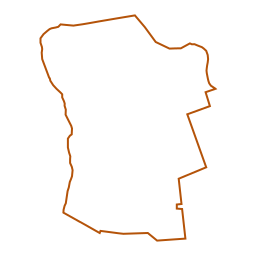 Jebel Awlia, Khartoum, Sudan
{"feature_id": "16777658B74371618965754", "entity_name": "Jebel Awlia", "entity_type": "district", "adm_level": 2, "iso_a3": "SDN", "parent_name": "Sudan", "parent_adm1": "Khartoum", "projection": "orthographic", "projection_center": [32.571, 15.354], "detail": "fine", "context": "isolated", "style": "outline", "palette": "amber", "viewbox_px": 256, "rotation_deg": 0, "n_neighbors": 0, "source": "geoboundaries", "source_scale": "gbopen_adm2", "svg_char_len": 1293}
<svg xmlns="http://www.w3.org/2000/svg" viewBox="0 0 256 256"><path d="M99.7,233.0L100.5,230.9L118.8,233.3L123.4,233.8L147.8,233.0L157.1,240.6L185.4,238.6L182.1,209.0L176.8,208.6L176.8,204.5L181.5,204.0L178.7,178.7L202.1,169.0L206.2,167.3L187.3,114.3L209.9,106.1L205.6,92.2L215.5,88.8L215.4,88.7L215.0,88.4L214.4,88.1L214.2,87.9L210.9,85.7L209.2,83.3L208.4,80.9L207.9,78.8L207.3,75.8L206.8,73.2L206.5,70.6L206.8,67.9L207.1,65.6L207.7,62.5L208.1,59.1L207.7,55.0L206.2,50.8L203.7,48.5L201.8,47.1L199.9,46.4L197.6,45.5L194.5,44.2L191.9,44.3L189.9,43.4L180.9,48.3L175.2,48.4L169.5,48.6L155.7,42.0L144.8,27.1L134.9,15.4L116.8,18.4L99.1,21.4L88.4,23.3L82.4,24.3L73.4,25.6L65.7,24.9L60.6,24.4L58.3,26.8L55.7,27.5L51.5,28.3L49.6,29.1L47.2,31.0L43.5,34.2L40.5,38.3L40.5,42.8L41.9,46.9L42.2,49.1L41.7,52.7L42.2,59.1L49.2,77.8L49.8,78.3L50.3,80.7L53.2,85.2L56.5,88.8L60.8,92.8L62.2,94.3L62.2,97.4L64.0,101.3L64.7,103.6L64.6,105.8L65.8,109.6L65.6,114.7L68.5,120.5L71.2,125.8L72.0,128.5L71.7,134.4L69.9,135.7L67.9,138.6L67.9,147.5L69.1,152.7L70.3,156.3L70.1,159.3L70.1,163.0L71.8,166.8L72.6,170.2L72.0,176.3L71.0,179.1L69.8,182.0L68.8,187.4L67.6,191.1L65.8,203.3L64.6,205.8L63.6,209.7L63.4,212.6L63.5,212.7L79.9,221.9L80.4,222.1L95.6,230.7L99.7,233.0Z" fill="none" stroke="#b45309" stroke-width="2"/></svg>